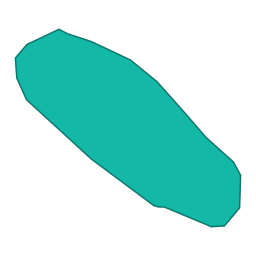 outline of Namoluk, Federated States of Micronesia
{"feature_id": "79324940B63325039400057", "entity_name": "Namoluk", "entity_type": "district", "adm_level": 2, "iso_a3": "FSM", "parent_name": "Federated States of Micronesia", "parent_adm1": "", "projection": "robinson", "projection_center": [153.117, 5.923], "detail": "fine", "context": "isolated", "style": "filled", "palette": "teal", "viewbox_px": 256, "rotation_deg": 0, "n_neighbors": 0, "source": "geoboundaries", "source_scale": "gbopen_adm2", "svg_char_len": 367}
<svg xmlns="http://www.w3.org/2000/svg" viewBox="0 0 256 256"><path d="M158.8,207.0L164.2,207.0L211.4,226.7L224.4,225.9L239.6,207.9L240.6,175.1L233.4,162.0L206.0,137.4L183.3,111.2L157.0,81.7L130.4,60.0L91.4,41.6L67.6,33.8L59.0,29.3L26.9,44.5L15.4,58.0L16.8,78.0L26.5,99.7L91.4,159.1L154.1,205.8L158.8,207.0Z" fill="#14b8a6" stroke="#0f766e" stroke-width="1.5"/></svg>